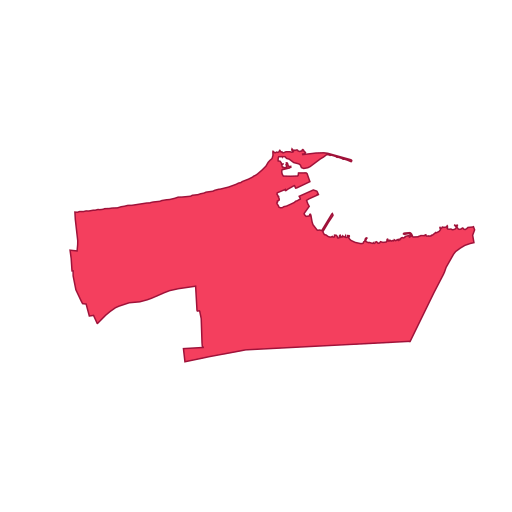 Al Dikhila, Al Iskandariyah, Egypt (Mercator projection), rotated 33°
{"feature_id": "37247803B81947016112808", "entity_name": "Al Dikhila", "entity_type": "district", "adm_level": 2, "iso_a3": "EGY", "parent_name": "Egypt", "parent_adm1": "Al Iskandariyah", "projection": "mercator", "projection_center": [29.797, 31.119], "detail": "fine", "context": "isolated", "style": "filled", "palette": "rose", "viewbox_px": 512, "rotation_deg": 33, "n_neighbors": 0, "source": "geoboundaries", "source_scale": "gbopen_adm2", "svg_char_len": 6157}
<svg xmlns="http://www.w3.org/2000/svg" viewBox="0 0 512 512"><g transform="rotate(33 256 256)"><path d="M431.4,244.1L431.8,243.8L425.2,189.9L423.2,169.4L422.8,166.8L421.6,161.9L420.7,146.7L421.0,143.5L423.1,138.0L425.4,133.3L428.8,128.9L431.5,126.1L426.4,120.6L425.1,115.0L422.4,113.0L421.8,113.8L418.2,116.6L417.8,118.3L417.0,119.9L415.9,120.3L414.2,119.9L413.8,120.2L413.5,121.3L412.7,122.4L411.7,123.1L411.0,123.2L408.5,122.3L408.3,122.0L408.5,121.0L408.1,120.5L407.6,120.9L407.8,121.7L405.8,121.8L405.8,122.0L406.9,122.4L407.8,122.4L408.5,123.2L408.4,124.5L408.2,125.1L407.4,126.2L406.3,127.1L404.8,127.2L403.4,128.4L402.1,128.9L401.4,128.8L401.1,127.9L400.2,126.6L399.9,126.5L399.9,127.8L399.1,128.8L397.9,129.7L396.5,130.2L396.6,131.0L396.2,131.9L395.6,132.1L394.8,131.8L394.8,132.1L396.3,133.3L396.4,133.7L396.2,135.6L394.9,137.9L394.4,138.5L393.9,138.4L392.8,141.9L392.2,143.1L391.9,143.0L391.7,143.5L391.8,143.8L391.3,144.4L390.3,145.2L390.0,145.0L388.5,146.3L387.5,146.4L386.9,145.7L386.6,146.0L386.4,146.1L386.3,147.1L383.1,149.1L382.7,149.9L382.0,150.5L381.5,151.6L377.6,154.4L377.1,154.5L374.6,152.9L373.1,152.5L372.2,152.7L368.2,155.8L367.7,156.3L367.5,156.9L367.7,157.2L368.6,157.0L372.2,153.7L373.2,153.5L374.3,153.6L373.5,154.8L374.2,154.2L375.4,155.0L374.4,156.6L373.1,155.6L370.4,158.4L370.7,159.2L369.9,160.4L369.6,160.7L368.7,160.8L368.2,161.4L367.8,162.4L368.0,162.7L367.5,163.2L367.9,163.7L367.8,164.3L367.3,164.7L366.4,164.5L366.1,165.0L366.4,165.4L365.5,165.4L365.4,166.1L364.8,167.1L363.1,167.1L363.3,167.8L363.1,168.4L362.3,168.5L361.7,169.6L359.9,169.8L359.6,170.0L360.0,170.5L358.8,171.4L357.5,170.2L357.0,170.3L357.0,171.0L357.7,172.2L357.5,173.5L355.0,175.5L352.6,176.2L352.6,177.5L352.1,178.4L351.4,178.9L350.7,178.5L349.2,178.5L349.0,179.1L348.6,179.3L348.9,179.6L348.3,181.1L347.7,181.2L347.2,181.0L347.2,181.6L346.8,182.0L343.4,183.0L343.0,183.6L341.4,183.9L340.0,184.0L339.7,183.8L339.2,181.2L339.3,180.6L338.6,180.7L338.3,181.8L339.1,184.5L338.6,185.5L338.9,186.9L338.2,187.8L336.8,188.7L331.7,190.6L327.1,191.2L325.5,190.9L323.9,190.3L323.5,188.5L323.1,188.2L321.6,189.0L322.6,189.9L322.2,190.9L321.2,191.5L320.2,190.6L320.4,191.4L320.2,191.7L318.7,192.1L317.8,191.9L318.1,192.9L317.2,193.4L317.2,193.9L316.9,194.3L316.1,194.2L316.0,193.1L315.2,192.7L315.0,193.5L315.7,194.4L315.8,195.2L315.6,195.8L314.9,196.3L314.3,196.2L314.0,195.5L312.0,194.9L310.5,195.7L311.3,197.1L311.1,197.7L310.3,198.2L309.3,198.0L308.9,198.9L307.9,199.8L305.8,200.4L303.4,200.2L301.7,200.8L299.5,199.7L298.8,199.0L298.4,188.1L298.5,180.1L298.1,179.6L296.9,178.8L296.7,179.6L297.3,198.9L295.3,199.5L293.8,200.8L293.0,200.9L292.1,200.6L286.7,198.7L284.4,196.8L280.0,192.1L279.8,192.4L278.9,191.4L278.8,191.5L279.6,192.5L279.4,192.7L278.5,191.8L278.4,191.9L279.2,192.9L278.0,194.2L276.4,195.5L274.9,195.2L273.6,194.6L273.2,194.1L273.6,185.4L271.0,184.0L268.1,181.8L269.3,179.2L274.9,170.5L274.4,170.2L274.1,170.4L274.2,170.0L272.4,168.8L271.6,168.5L268.1,169.4L259.7,182.4L261.9,183.7L262.2,184.2L261.4,185.3L260.5,187.2L259.4,188.5L259.0,190.2L256.8,193.8L254.3,197.7L252.6,199.3L251.7,201.2L250.2,202.3L248.5,202.5L247.5,201.7L245.0,200.6L244.5,199.8L244.7,199.2L244.0,198.4L244.6,197.6L244.5,197.3L245.0,196.4L244.4,195.5L242.5,194.2L242.7,193.9L242.4,193.7L242.1,194.0L240.7,193.0L240.2,193.0L239.4,191.7L239.8,190.8L244.3,184.2L244.9,185.1L245.4,185.0L246.4,182.4L249.7,176.1L250.1,176.1L252.3,177.5L253.1,176.7L260.7,164.3L254.0,159.1L252.8,159.0L246.4,163.2L247.5,165.5L247.3,166.3L241.4,170.4L235.4,174.1L233.6,173.2L232.5,172.3L231.3,170.7L230.9,169.5L236.1,164.0L236.0,163.6L236.9,162.7L236.3,161.9L235.3,162.8L234.0,162.9L231.9,161.1L231.2,161.0L230.8,161.3L231.3,161.8L231.3,162.9L232.9,164.1L233.4,164.8L231.9,166.4L231.1,166.6L230.5,167.2L230.0,166.7L229.4,166.9L227.9,165.4L228.6,164.3L228.5,164.1L227.5,165.1L226.6,164.2L224.6,163.4L222.8,164.2L222.0,163.1L221.1,161.3L221.0,160.4L223.7,158.5L224.0,158.6L223.9,158.4L226.2,156.9L228.5,157.5L231.1,156.7L236.7,157.1L241.5,155.5L242.9,155.4L243.7,155.6L246.0,157.1L248.4,156.6L251.4,153.7L252.7,151.5L257.1,139.5L258.7,136.3L260.1,132.4L262.5,131.3L263.3,131.3L264.4,130.3L266.5,129.7L269.0,129.0L269.6,129.2L270.4,129.0L271.5,128.3L275.0,127.4L276.4,127.4L277.5,126.6L280.5,125.8L284.4,125.1L284.5,124.0L283.9,123.6L283.1,123.6L260.2,130.8L256.7,132.5L250.2,137.0L240.0,145.5L239.6,145.1L239.9,144.8L240.1,145.0L241.5,143.7L241.0,143.3L241.2,142.4L240.1,142.0L239.2,142.0L238.4,141.4L237.3,141.2L237.0,141.8L237.3,143.0L236.6,143.4L235.8,144.5L234.2,145.0L233.2,144.6L232.6,144.7L231.4,145.9L229.4,147.1L227.9,146.6L228.2,147.6L229.0,147.7L229.8,148.5L230.0,148.3L229.8,147.7L230.5,148.0L230.3,148.8L229.3,149.6L227.6,150.1L224.4,152.2L222.8,154.5L222.0,154.9L221.0,154.5L220.6,155.0L220.1,155.1L218.4,154.4L218.3,154.8L218.7,155.8L217.9,157.2L216.6,157.7L216.2,158.6L215.4,159.2L213.3,158.9L213.4,159.4L215.4,162.3L216.4,165.5L215.6,168.3L215.2,170.8L215.4,175.2L214.3,180.5L212.5,186.7L211.5,188.9L210.5,190.4L210.2,191.6L207.8,195.7L203.9,201.1L203.3,202.7L201.6,204.4L200.3,206.7L195.4,213.2L189.4,219.6L188.3,220.4L185.6,223.4L184.6,225.1L179.3,229.7L178.1,231.6L175.6,234.0L174.0,236.1L169.5,239.8L168.6,241.5L161.8,246.9L158.6,249.1L156.5,251.8L152.9,255.6L150.3,257.6L146.7,260.9L145.7,262.4L140.4,266.7L138.7,268.4L138.1,269.3L135.6,271.0L124.3,281.1L120.9,283.4L118.6,285.9L116.1,288.1L113.6,291.1L109.2,294.2L107.2,296.0L103.2,298.8L102.6,299.8L101.3,301.0L99.4,302.5L98.2,303.0L96.2,305.2L94.5,306.3L91.1,309.5L89.0,310.7L87.0,312.8L83.8,314.8L82.4,316.6L80.2,317.8L84.6,323.8L98.2,340.3L100.2,343.5L103.2,349.2L96.9,352.4L102.4,358.8L109.8,368.7L110.7,368.1L113.5,372.3L123.3,382.4L133.8,388.9L136.5,390.4L139.7,388.8L148.9,397.1L152.1,394.3L159.5,399.0L159.8,398.9L162.2,387.4L163.9,381.9L166.3,375.9L168.4,372.7L175.1,364.3L183.5,357.7L188.6,352.0L191.4,348.3L199.0,336.8L202.4,332.1L208.7,325.7L221.8,314.2L236.1,333.7L236.8,334.1L238.4,332.8L238.9,333.0L244.2,338.4L258.0,358.2L260.0,360.8L261.0,361.1L261.5,361.5L245.6,373.2L254.0,383.4L271.7,365.8L298.5,340.3L430.9,244.2L431.3,243.9L431.4,244.1Z" fill="#f43f5e" stroke="#9f1239" stroke-width="1.5"/></g></svg>